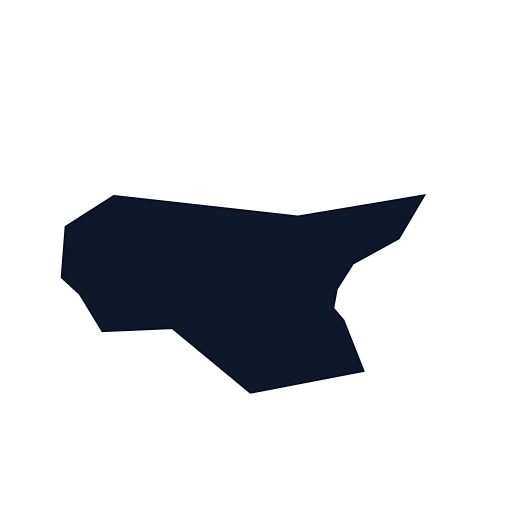 map outline of Turnišče (Mercator projection), rotated 314°
{"feature_id": "SVN-1049", "entity_name": "Turnišče", "entity_type": "Municipality", "adm_level": 1, "iso_a3": "SVN", "parent_name": "Slovenia", "parent_adm1": "", "projection": "mercator", "projection_center": [16.325, 46.616], "detail": "fine", "context": "isolated", "style": "filled", "palette": "ink", "viewbox_px": 512, "rotation_deg": 314, "n_neighbors": 0, "source": "natural_earth", "source_scale": "10m", "svg_char_len": 361}
<svg xmlns="http://www.w3.org/2000/svg" viewBox="0 0 512 512"><g transform="rotate(314 256 256)"><path d="M313.6,258.5L417.0,335.0L367.8,346.7L317.8,331.2L288.5,337.2L272.2,348.0L270.7,363.7L248.1,413.5L153.6,347.1L145.8,246.0L95.0,197.8L106.0,155.7L105.4,131.0L144.7,98.5L200.5,111.8L313.6,258.5Z" fill="#0f172a" stroke="#020617" stroke-width="1.5"/></g></svg>